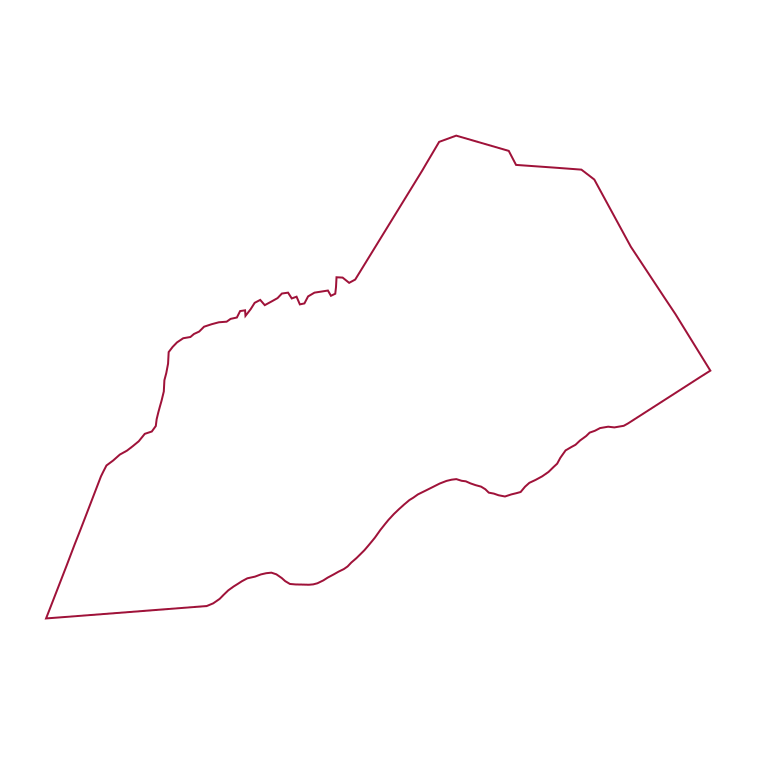 outline of Catolândia, Bahia, Brazil, rotated 183°
{"feature_id": "56859067B46911675561389", "entity_name": "Catolândia", "entity_type": "district", "adm_level": 2, "iso_a3": "BRA", "parent_name": "Brazil", "parent_adm1": "Bahia", "projection": "equal_earth", "projection_center": [-44.671, -12.276], "detail": "fine", "context": "isolated", "style": "outline", "palette": "rose", "viewbox_px": 768, "rotation_deg": 183, "n_neighbors": 0, "source": "geoboundaries", "source_scale": "gbopen_adm2", "svg_char_len": 2131}
<svg xmlns="http://www.w3.org/2000/svg" viewBox="0 0 768 768"><g transform="rotate(183 384 384)"><path d="M549.4,153.0L543.1,156.0L536.9,160.8L533.1,165.1L528.7,169.8L523.6,173.9L519.6,176.7L515.6,179.6L510.3,182.8L502.7,184.9L497.0,187.4L491.7,188.9L486.6,189.7L481.5,188.3L476.0,184.9L472.4,182.0L467.5,179.4L461.6,179.2L456.0,179.4L448.5,179.6L444.2,180.2L440.1,181.5L434.3,184.7L430.1,187.7L424.3,191.2L419.6,194.2L414.4,197.1L410.8,199.9L407.3,204.0L402.4,208.7L398.2,213.3L394.7,217.2L390.2,223.1L385.1,230.0L379.9,238.2L375.4,244.5L372.3,248.7L367.3,254.7L362.6,259.7L357.7,264.6L352.6,269.4L348.8,272.0L344.4,275.5L336.9,279.7L330.9,283.1L323.2,287.5L316.5,290.5L311.4,292.0L306.8,292.8L301.4,291.4L297.2,291.1L292.5,289.3L287.3,287.8L281.7,286.6L277.3,284.2L273.7,281.0L268.6,280.3L263.8,278.9L257.3,278.0L251.1,280.4L246.1,281.9L241.9,283.3L237.8,288.8L233.7,292.9L227.7,296.1L221.3,300.0L215.1,304.8L210.5,309.8L206.9,313.5L204.0,319.6L199.2,327.2L193.4,331.0L189.6,333.3L185.2,337.9L179.4,342.6L176.1,346.2L171.0,348.3L165.9,351.3L157.9,353.1L151.7,352.7L146.4,353.9L142.4,354.8L138.4,357.3L68.3,407.7L58.8,414.4L96.6,469.0L108.6,485.1L144.7,534.0L184.7,599.2L198.1,608.4L225.1,609.0L263.6,609.7L271.6,623.3L324.9,635.8L341.6,628.7L347.8,616.8L353.3,606.3L356.8,599.5L418.2,486.8L424.1,483.2L430.9,488.1L437.0,488.1L437.0,478.3L437.4,471.6L441.6,469.3L444.9,474.4L451.0,473.1L458.2,471.6L464.4,467.5L467.7,460.3L472.2,459.1L475.9,466.6L480.6,464.6L484.6,470.2L490.7,469.0L494.8,464.2L500.5,460.6L507.2,456.5L512.0,461.5L517.4,458.3L521.1,451.7L525.9,444.8L526.6,450.3L531.5,449.3L534.4,442.7L540.6,441.0L544.4,438.0L552.1,437.0L559.2,434.7L566.7,431.8L571.3,426.7L576.4,424.0L579.8,420.8L586.9,419.2L592.9,414.7L597.0,410.0L600.7,404.6L600.7,393.0L602.0,383.5L603.5,376.3L603.5,365.0L605.3,355.5L606.6,349.8L607.9,343.8L609.2,336.9L609.7,330.1L613.4,324.4L620.3,321.7L625.9,314.0L631.7,308.7L637.2,304.0L644.1,299.7L650.5,293.4L656.9,288.1L659.7,281.9L661.8,277.0L676.1,233.0L679.7,222.0L684.6,207.4L691.5,185.9L706.1,141.5L709.2,132.2L691.4,134.5L549.4,153.0Z" fill="none" stroke="#9f1239" stroke-width="2"/></g></svg>